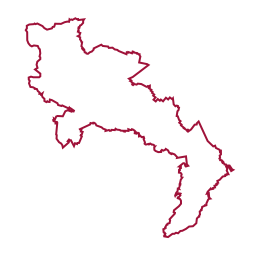 outline of San Martín Hidalgo, Jalisco, Mexico, rotated 93°
{"feature_id": "50627088B74426866843112", "entity_name": "San Martín Hidalgo", "entity_type": "district", "adm_level": 2, "iso_a3": "MEX", "parent_name": "Mexico", "parent_adm1": "Jalisco", "projection": "robinson", "projection_center": [-103.893, 20.459], "detail": "fine", "context": "isolated", "style": "outline", "palette": "rose", "viewbox_px": 256, "rotation_deg": 93, "n_neighbors": 0, "source": "geoboundaries", "source_scale": "gbopen_adm2", "svg_char_len": 5781}
<svg xmlns="http://www.w3.org/2000/svg" viewBox="0 0 256 256"><g transform="rotate(93 128 128)"><path d="M21.8,177.6L22.8,183.3L21.8,183.6L22.0,184.9L21.2,186.3L23.0,189.2L22.6,190.0L23.0,191.6L22.6,192.1L25.0,192.4L24.9,194.2L25.7,196.9L27.5,200.3L27.7,206.2L30.7,207.0L31.0,208.5L32.5,209.2L34.0,214.0L32.6,216.8L30.7,218.7L28.4,224.0L29.1,225.7L28.6,226.8L29.2,227.4L29.8,232.0L31.2,234.4L33.8,234.2L35.6,235.2L37.5,233.7L45.7,233.2L48.6,231.9L50.7,230.0L51.5,228.3L50.5,226.3L50.8,222.4L53.2,221.2L54.0,220.2L58.1,219.5L61.2,220.1L62.0,219.3L63.8,219.2L66.5,222.0L69.6,222.6L72.7,221.5L74.4,223.9L78.3,218.4L81.0,218.3L82.0,219.4L82.3,225.2L81.8,227.6L82.8,229.8L84.9,229.6L86.1,228.6L88.5,229.2L92.1,227.6L92.3,225.0L93.2,223.1L93.8,223.1L93.8,221.1L95.8,220.0L97.3,218.0L98.5,218.3L98.6,217.0L99.1,216.8L97.9,215.3L99.7,215.8L101.7,214.9L103.2,213.0L105.4,212.9L106.4,210.9L105.6,210.1L106.0,209.8L106.1,207.7L103.7,207.5L104.1,205.6L107.0,199.7L108.7,199.0L109.5,195.6L108.9,194.9L111.6,188.2L110.7,187.7L111.4,187.2L111.2,186.6L113.5,182.9L114.3,183.2L113.9,184.9L114.6,185.2L114.2,186.5L113.3,185.2L113.1,185.6L114.2,186.7L113.9,187.4L113.8,186.8L113.4,187.3L113.6,188.6L113.2,188.9L114.6,191.5L119.7,193.7L119.7,199.0L120.3,200.3L123.2,201.4L122.5,202.4L123.5,202.2L123.9,203.1L124.8,202.9L125.5,201.6L125.7,199.7L127.3,200.5L127.4,199.9L126.4,199.4L126.6,198.9L138.3,199.4L138.8,198.8L142.4,198.8L145.8,196.1L147.0,193.9L148.6,192.7L151.0,192.0L145.5,186.4L144.7,186.3L144.3,187.5L142.6,186.3L143.6,184.6L143.4,184.3L148.9,181.0L146.0,180.1L146.7,178.0L145.6,177.7L145.5,176.1L138.9,173.7L138.0,174.9L137.4,174.7L137.5,174.0L134.3,173.1L134.0,174.9L132.1,174.4L131.8,176.1L132.2,176.9L126.5,166.1L125.0,165.7L125.3,163.2L124.6,163.1L124.5,162.3L125.3,160.8L127.1,159.7L128.7,154.4L130.0,152.8L130.8,150.2L132.1,150.3L131.0,146.9L131.8,146.0L131.5,144.7L130.7,144.4L130.8,141.0L129.4,140.4L130.2,139.0L130.4,136.0L131.0,135.3L131.0,132.2L131.6,132.1L131.8,130.9L130.9,130.7L130.9,127.4L129.2,127.6L129.9,125.3L129.8,124.3L129.0,124.0L129.4,122.7L130.5,121.0L131.1,120.9L131.3,121.8L131.4,120.9L132.9,121.0L133.2,119.4L132.5,119.1L133.7,118.4L132.7,118.5L132.8,117.7L132.4,117.5L132.7,116.8L135.8,116.6L135.5,115.7L134.9,115.6L136.4,113.9L136.0,111.9L137.4,111.3L138.1,111.9L141.5,110.3L142.8,110.6L143.3,110.0L143.6,109.3L142.7,106.2L143.2,106.0L142.4,104.8L143.4,103.3L143.2,102.4L143.9,100.9L145.3,100.6L145.2,100.2L146.1,100.8L148.5,100.5L149.5,99.3L150.5,96.5L150.2,93.7L149.0,93.8L148.1,93.0L148.8,91.7L147.8,89.7L146.9,89.2L148.3,86.8L150.5,85.6L151.1,83.7L151.5,83.9L151.8,83.1L151.1,82.6L151.9,80.1L154.7,77.2L155.3,77.4L153.3,68.6L161.1,67.3L162.6,65.9L163.4,68.2L162.7,68.9L161.0,69.3L160.3,70.0L160.3,71.0L163.7,74.8L163.7,73.2L165.3,73.1L165.6,74.1L167.3,74.0L167.3,74.8L169.9,74.8L170.0,73.1L171.4,72.0L173.2,72.4L174.8,71.8L174.8,71.3L176.9,72.6L181.0,73.3L181.2,72.7L181.9,72.8L181.8,73.5L183.9,73.4L185.5,74.2L186.1,73.8L185.9,75.1L188.5,75.2L190.1,76.4L193.0,77.4L192.6,77.6L193.3,77.3L190.7,74.2L191.1,73.9L190.6,72.9L190.8,72.1L191.9,72.7L192.5,72.2L194.2,73.5L194.7,74.6L195.5,74.7L196.2,72.4L196.9,71.9L197.9,71.3L200.8,71.1L203.4,73.0L207.8,77.8L209.7,78.0L210.2,76.7L211.1,76.8L217.0,81.7L218.0,81.1L220.8,81.5L221.5,83.5L222.5,83.6L222.6,84.4L224.7,85.4L225.6,85.2L225.6,85.8L226.6,86.0L227.2,87.4L230.1,87.0L230.6,85.9L231.5,86.0L231.7,85.2L232.8,85.6L233.5,85.1L233.4,85.5L234.5,87.0L234.3,86.4L234.8,82.3L231.3,78.0L231.2,76.1L230.1,74.6L230.5,72.5L228.1,70.3L227.8,68.4L225.7,64.8L223.2,61.8L222.7,58.0L219.5,54.8L214.9,54.5L213.6,53.6L212.8,52.2L211.8,52.4L210.7,51.6L207.6,52.0L206.2,50.3L205.6,50.7L204.9,50.0L202.9,49.8L201.9,47.8L201.1,47.2L201.4,46.4L200.9,45.6L199.4,45.8L195.5,44.3L194.6,43.7L194.2,42.1L192.6,44.0L191.4,44.3L191.6,43.5L188.8,43.9L189.4,45.8L187.5,45.1L184.3,42.4L184.9,42.2L184.3,39.8L183.5,40.0L182.8,38.0L181.1,38.6L180.5,36.7L179.6,37.0L179.3,36.0L178.7,36.3L178.0,35.1L176.2,36.0L174.9,33.7L171.5,30.9L170.9,28.4L169.7,28.4L169.7,27.1L169.0,27.1L168.9,25.3L165.3,27.2L163.6,26.7L161.2,28.1L160.3,27.8L161.9,25.9L161.7,25.2L165.6,22.7L164.3,20.8L163.9,21.8L160.2,24.6L160.3,27.8L159.3,28.3L159.4,29.7L157.4,30.9L157.9,31.7L157.1,32.2L156.6,31.4L155.4,32.6L155.3,34.2L154.5,34.1L153.8,35.1L152.4,34.5L150.8,35.0L149.5,33.8L146.3,34.0L147.0,34.9L145.0,35.3L143.3,39.2L141.1,40.1L141.9,41.9L136.8,47.8L117.8,57.8L119.7,59.5L120.9,59.6L121.2,61.6L126.1,64.9L128.5,67.9L128.2,68.4L126.9,67.6L126.5,68.1L127.2,69.0L125.4,72.1L125.1,71.8L122.6,75.2L121.8,74.7L120.0,77.1L118.4,75.9L117.3,77.4L113.7,78.9L113.5,80.0L108.7,79.5L107.5,78.5L105.0,78.1L104.7,79.2L103.4,79.3L103.1,80.5L103.8,81.8L102.0,83.6L96.0,84.7L96.9,85.4L95.3,87.8L97.4,89.4L95.8,91.7L99.5,94.4L97.9,96.7L99.1,97.6L97.5,99.8L100.0,101.7L98.4,104.0L96.0,102.1L94.4,104.5L93.2,103.6L91.7,105.8L90.8,105.3L89.6,107.2L88.7,106.6L87.3,109.0L86.5,108.3L84.6,108.4L85.2,109.5L85.1,110.2L85.8,110.3L85.9,111.7L83.4,117.0L83.2,120.6L84.2,121.6L83.8,124.0L84.9,125.2L84.4,126.0L83.0,125.1L82.4,126.7L81.5,126.8L81.0,128.1L80.3,127.3L78.7,129.6L76.8,125.9L64.0,110.8L63.2,112.3L62.0,120.3L55.9,119.4L54.5,120.5L53.8,120.3L53.3,122.9L52.7,122.8L52.3,126.6L51.6,126.5L51.4,127.4L53.2,127.9L52.1,131.8L52.8,132.0L52.5,133.2L54.4,133.4L51.5,141.6L50.6,142.6L50.2,145.4L48.6,147.6L49.0,151.4L47.7,152.1L47.4,157.5L46.2,159.0L50.3,166.4L51.5,166.4L53.5,168.1L54.4,170.1L56.0,171.9L55.8,173.4L54.8,174.2L54.7,175.2L52.3,175.8L52.5,176.6L51.1,178.0L50.6,177.9L50.7,177.1L48.8,178.8L44.7,178.3L44.3,179.2L43.2,179.4L42.1,180.5L40.0,180.5L38.9,182.9L38.0,181.3L35.6,180.6L35.1,182.3L34.0,182.3L34.1,183.0L31.8,182.5L31.0,182.8L30.7,182.0L29.8,182.3L29.6,181.6L28.2,181.3L27.6,180.1L25.4,178.3L23.2,178.4L21.8,177.6Z" fill="none" stroke="#9f1239" stroke-width="2"/></g></svg>